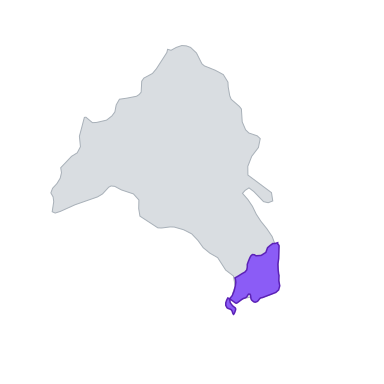 La Altagracia highlighted on a map of Dominican Republic, rotated 42°
{"feature_id": "DOM-1987", "entity_name": "La Altagracia", "entity_type": "Province", "adm_level": 1, "iso_a3": "DOM", "parent_name": "Dominican Republic", "parent_adm1": "", "projection": "equal_earth", "projection_center": [-68.677, 18.544], "detail": "fine", "context": "in_parent", "style": "filled", "palette": "violet", "viewbox_px": 384, "rotation_deg": 42, "n_neighbors": 0, "source": "natural_earth", "source_scale": "10m", "svg_char_len": 2580}
<svg xmlns="http://www.w3.org/2000/svg" viewBox="0 0 384 384"><g transform="rotate(42 192 192)"><path d="M78.2,261.8L78.6,246.1L80.5,239.7L78.8,233.0L71.0,225.9L66.3,216.7L62.1,208.6L63.1,207.4L71.6,207.1L74.6,204.1L80.4,195.8L81.6,189.1L81.1,184.1L77.4,178.0L76.0,171.6L80.6,166.1L86.7,158.0L87.5,154.9L87.4,151.8L80.5,143.3L80.0,139.6L83.3,130.4L83.1,124.3L80.0,105.2L78.4,102.3L81.6,100.7L83.6,95.0L86.4,90.0L90.0,87.2L94.2,85.5L102.3,85.7L113.6,90.1L116.8,90.0L127.7,86.0L136.7,83.8L145.2,86.3L148.6,89.7L155.6,95.2L159.1,96.9L170.1,96.7L173.2,97.3L182.4,106.3L190.2,109.9L194.8,110.1L202.9,106.6L207.0,106.7L211.6,114.5L212.5,125.5L216.3,135.6L222.2,142.0L251.5,139.3L258.0,144.6L255.8,149.0L251.6,151.3L237.7,150.3L231.6,150.8L230.4,155.2L230.4,159.2L238.5,160.2L246.5,162.2L254.6,165.5L262.9,167.7L272.2,169.2L281.4,171.5L296.7,179.5L313.6,197.5L318.2,201.7L321.2,207.3L319.7,214.3L313.7,225.7L310.3,229.4L305.3,231.7L301.8,236.4L298.5,244.4L296.5,245.0L294.1,244.7L290.1,240.2L287.2,233.2L279.0,226.7L269.3,227.5L255.0,223.6L246.3,225.5L237.6,225.9L228.8,224.0L219.8,223.3L210.9,225.7L202.3,229.9L199.1,232.6L193.5,239.1L190.6,241.5L169.5,244.8L163.5,240.0L157.9,233.5L149.8,232.6L138.1,237.7L130.8,239.5L127.8,241.7L126.9,244.1L126.8,253.3L125.1,258.8L113.6,279.8L107.1,294.6L104.4,299.2L101.3,300.2L95.7,291.7L92.1,288.6L87.7,287.1L85.9,282.5L86.0,276.1L84.8,269.9L82.1,265.0L78.2,261.8Z" fill="#d9dde1" stroke="#a8b0b8" stroke-width="1"/><path d="M289.6,172.3L290.2,172.9L290.8,173.3L292.1,173.4L292.8,173.8L301.0,183.5L304.1,188.2L308.3,192.4L311.4,195.1L312.3,195.6L312.7,196.0L315.9,199.9L320.0,203.0L321.9,206.8L321.5,210.6L314.9,223.5L314.4,224.0L313.9,224.7L313.7,225.6L313.9,228.9L313.7,229.8L312.9,231.4L311.8,232.2L310.3,232.4L308.6,232.4L307.3,231.9L304.5,229.5L303.5,229.1L302.3,230.1L302.5,231.6L302.9,233.5L302.3,235.3L301.4,236.8L300.9,238.5L299.8,244.1L299.4,245.0L298.6,245.4L292.6,246.0L291.4,245.5L291.2,242.0L289.5,237.4L287.1,232.9L285.0,229.8L282.8,227.9L281.4,227.1L282.7,223.2L283.9,218.9L284.9,216.1L284.8,213.2L283.3,210.8L281.5,208.8L280.2,205.6L279.0,202.2L278.5,200.2L278.7,198.1L280.3,196.9L282.2,196.6L285.8,192.9L287.3,187.5L285.4,182.8L285.9,178.8L286.3,177.8L286.3,176.5L288.3,174.5L289.6,172.3ZM298.2,249.4L301.8,249.2L302.8,249.7L303.5,250.9L304.3,252.8L304.8,254.5L304.7,255.2L303.6,254.9L301.3,253.6L300.2,253.3L298.9,253.5L296.7,254.4L295.5,254.6L293.0,253.7L291.2,251.7L290.1,249.1L289.5,246.8L290.5,246.4L291.8,246.7L293.0,247.5L294.1,248.4L294.9,248.8L298.2,249.4Z" fill="#8b5cf6" stroke="#5b21b6" stroke-width="1.5"/></g></svg>